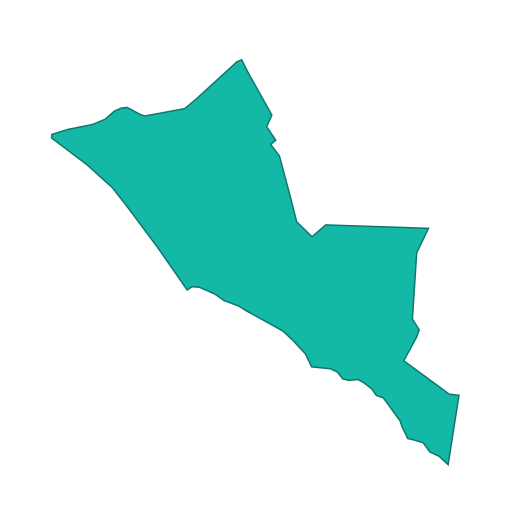 the district of Chilanzar, Tashkent, Uzbekistan, rotated 94°
{"feature_id": "79887680B30402232719617", "entity_name": "Chilanzar", "entity_type": "district", "adm_level": 2, "iso_a3": "UZB", "parent_name": "Uzbekistan", "parent_adm1": "Tashkent", "projection": "orthographic", "projection_center": [69.178, 41.232], "detail": "fine", "context": "isolated", "style": "filled", "palette": "teal", "viewbox_px": 512, "rotation_deg": 94, "n_neighbors": 0, "source": "geoboundaries", "source_scale": "gbopen_adm2", "svg_char_len": 969}
<svg xmlns="http://www.w3.org/2000/svg" viewBox="0 0 512 512"><g transform="rotate(94 256 256)"><path d="M294.7,322.3L291.1,317.6L291.1,310.3L293.2,304.6L296.9,294.3L302.6,285.0L307.2,269.6L311.4,261.8L315.6,252.6L322.3,238.2L329.1,223.8L337.4,213.5L350.3,199.8L362.7,192.8L363.3,174.1L365.9,166.9L372.6,160.8L373.6,154.6L372.1,145.7L374.7,140.0L380.4,131.3L386.6,126.3L388.7,119.0L410.4,100.8L416.1,98.4L427.5,91.9L428.5,85.7L430.6,76.3L439.4,68.8L443.0,59.4L450.8,49.8L380.8,43.8L380.3,53.7L350.2,101.3L326.1,90.3L318.3,88.0L308.0,95.6L241.6,95.9L216.4,85.9L220.1,188.6L232.9,201.5L219.0,217.8L192.7,226.5L154.6,239.6L143.7,249.1L139.1,244.4L126.2,254.4L114.3,250.0L73.1,277.0L61.2,284.0L63.8,288.8L103.8,326.8L114.0,337.5L124.1,376.8L122.6,382.0L116.8,394.9L117.8,400.6L121.4,407.5L130.1,416.0L136.2,428.2L142.8,452.3L148.9,468.1L152.5,468.2L176.9,430.8L198.1,403.8L215.7,388.0L254.4,354.7L294.7,322.3Z" fill="#14b8a6" stroke="#0f766e" stroke-width="1.5"/></g></svg>